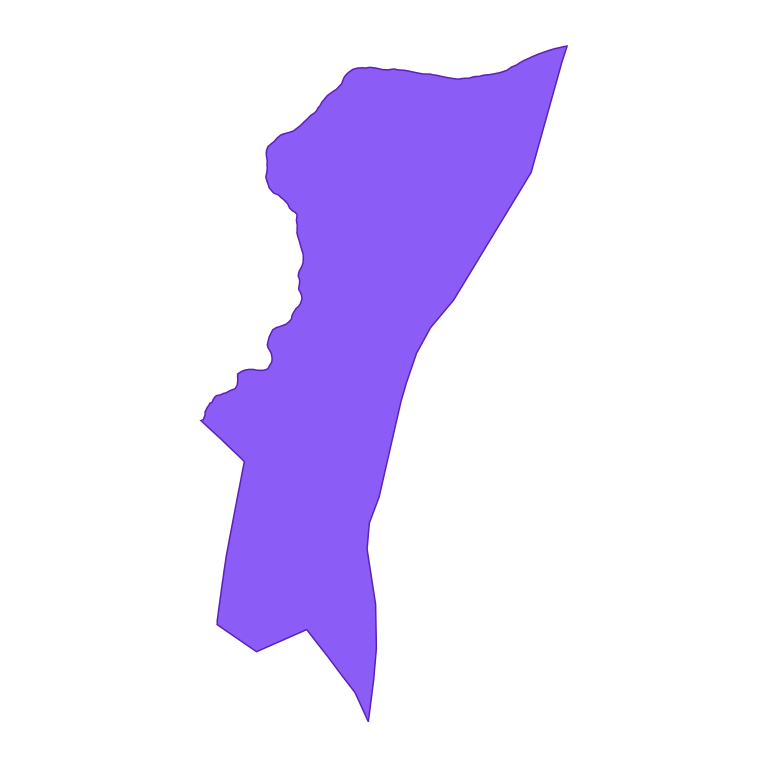 the district of At Tina, Western Darfur, Sudan
{"feature_id": "16777658B29691256653968", "entity_name": "At Tina", "entity_type": "district", "adm_level": 2, "iso_a3": "SDN", "parent_name": "Sudan", "parent_adm1": "Western Darfur", "projection": "orthographic", "projection_center": [23.027, 15.059], "detail": "fine", "context": "isolated", "style": "filled", "palette": "violet", "viewbox_px": 768, "rotation_deg": 0, "n_neighbors": 0, "source": "geoboundaries", "source_scale": "gbopen_adm2", "svg_char_len": 4213}
<svg xmlns="http://www.w3.org/2000/svg" viewBox="0 0 768 768"><path d="M368.3,721.9L373.7,679.7L376.4,648.3L375.6,604.2L367.1,549.2L369.3,523.1L379.1,497.0L401.1,401.0L406.4,383.0L416.5,353.3L430.6,327.6L453.6,300.1L489.1,241.6L515.8,197.7L531.1,172.5L544.2,125.5L560.4,67.6L561.8,62.4L567.1,46.1L564.5,46.5L562.6,46.9L561.4,47.2L554.4,48.8L552.6,49.3L546.9,51.1L539.1,53.8L535.1,55.5L532.9,56.4L524.0,60.5L519.4,63.0L517.0,64.8L510.9,67.3L510.1,68.1L508.6,69.1L506.9,70.4L505.1,70.9L499.8,72.7L496.2,73.4L489.5,74.7L488.0,74.8L486.4,74.9L484.8,75.0L481.8,75.6L479.3,76.4L476.5,76.4L472.3,77.1L469.2,78.2L466.1,78.2L462.3,78.5L457.9,79.2L454.4,78.7L452.3,78.4L448.5,77.8L445.9,77.3L442.5,76.6L436.1,75.2L433.4,74.9L430.2,74.1L423.4,74.0L421.1,73.6L419.4,73.3L416.9,72.8L410.6,71.5L408.4,71.0L404.4,70.3L402.7,70.2L397.6,69.8L394.3,69.0L392.0,69.2L387.9,69.9L382.6,69.6L379.5,68.9L378.6,68.7L374.9,67.9L369.5,67.3L366.1,68.0L361.8,67.8L360.7,67.9L357.7,68.0L352.8,69.4L349.8,71.5L348.7,72.3L347.8,73.1L346.6,74.2L346.0,74.8L344.7,76.5L343.8,78.1L343.1,79.9L341.6,83.8L340.8,84.7L338.5,87.1L336.7,89.1L335.4,90.0L332.8,91.6L330.1,93.6L329.4,94.1L327.1,95.8L325.1,98.3L324.0,99.7L322.0,101.9L319.8,106.0L318.1,107.8L317.9,108.2L316.5,110.8L314.6,112.9L313.5,113.7L312.3,114.5L311.0,115.2L309.3,116.9L308.7,117.5L306.4,119.8L304.3,121.7L302.9,123.1L301.0,124.9L300.0,126.0L298.7,126.9L295.7,129.2L293.4,131.0L290.1,132.1L287.4,132.9L284.9,133.6L283.2,134.0L281.0,134.9L279.8,135.8L277.3,137.8L276.0,139.3L274.2,141.5L271.9,143.3L270.6,144.3L270.4,144.5L269.1,145.6L268.2,146.4L267.4,147.9L266.5,150.7L266.3,152.7L266.3,154.9L266.7,157.7L267.2,160.0L267.2,160.5L267.0,165.5L267.3,167.8L267.1,170.3L266.5,173.8L265.8,177.0L266.9,181.1L268.0,183.8L269.1,187.7L272.0,191.2L273.8,193.1L278.1,194.8L279.5,196.0L280.8,197.4L283.4,199.4L287.4,203.5L288.9,206.5L289.0,206.6L289.6,208.1L291.0,209.4L291.3,209.8L291.5,210.0L293.1,211.3L294.7,212.0L297.1,214.5L296.4,220.5L297.3,225.5L297.1,228.0L297.1,231.2L296.9,232.7L297.8,236.5L299.6,242.0L301.4,248.8L303.1,253.9L303.3,256.9L303.1,262.6L302.6,264.1L301.9,266.2L300.8,268.3L299.5,270.6L298.6,273.1L298.5,274.4L298.2,276.3L299.3,278.6L299.7,281.3L299.3,284.8L298.6,288.7L299.1,290.3L300.2,291.9L301.7,295.8L301.9,299.0L300.6,303.3L298.8,306.1L296.0,308.6L293.5,312.5L291.9,316.0L291.4,319.1L289.1,321.6L286.5,323.9L283.2,325.3L279.4,326.7L276.3,327.6L272.8,329.7L271.3,332.6L269.0,337.4L267.3,344.8L268.1,347.9L269.9,350.7L271.4,353.7L272.1,358.5L271.9,361.2L271.4,362.6L269.7,365.3L267.9,368.8L266.0,369.5L264.2,370.2L261.5,370.4L259.3,370.3L256.4,370.2L253.3,369.4L249.1,369.4L244.9,370.1L241.8,371.3L240.2,372.3L237.6,374.0L237.6,376.4L237.6,376.5L237.8,380.2L237.2,385.2L235.2,388.7L232.8,389.6L230.3,390.5L226.1,392.8L223.2,393.5L220.7,394.8L220.2,394.9L216.5,395.6L214.6,397.3L213.1,399.8L212.0,402.4L209.7,403.3L208.9,405.4L207.5,407.0L205.1,411.8L205.1,414.7L203.3,419.7L201.8,420.3L200.9,420.6L202.5,422.0L205.0,424.4L207.8,427.0L214.2,432.9L216.2,434.7L222.3,440.3L222.7,440.8L225.0,443.0L230.1,447.9L230.2,448.0L235.2,452.7L244.3,461.5L244.2,462.1L244.0,463.3L242.9,469.0L242.8,469.4L241.2,477.6L240.7,480.5L240.5,481.4L239.7,485.8L238.4,492.1L236.5,502.0L236.5,502.4L235.1,509.2L234.9,510.2L234.8,511.0L234.0,515.1L232.9,520.9L231.4,529.0L231.2,529.9L231.2,530.0L230.1,535.6L229.5,538.7L228.9,542.2L228.5,544.2L227.3,550.6L226.8,553.0L226.6,554.3L226.4,555.2L225.4,562.1L225.1,564.0L224.8,566.0L223.8,572.6L223.7,573.5L223.3,576.7L222.7,580.7L222.4,582.3L222.1,585.1L221.4,589.6L220.8,594.6L220.5,596.6L220.1,599.3L219.5,603.8L219.2,605.9L218.6,610.1L218.6,610.4L218.2,613.2L218.2,613.6L217.9,615.4L217.9,615.7L217.8,616.4L217.6,617.8L217.5,618.8L217.1,621.0L217.4,621.2L217.1,624.6L256.5,651.7L306.7,629.6L307.0,630.0L307.7,630.9L308.1,631.4L308.2,631.5L308.5,631.9L308.6,632.1L309.3,632.9L309.4,633.1L309.9,633.7L310.0,633.8L310.3,634.3L311.9,636.3L312.3,636.8L312.7,637.3L312.9,637.6L313.3,638.2L313.7,638.6L314.5,639.7L315.7,641.2L317.5,643.5L317.7,643.8L318.8,645.2L320.4,647.2L321.2,648.3L324.4,652.3L328.6,657.7L338.6,671.1L342.5,676.3L355.0,692.5L361.6,706.9L367.9,720.8L368.3,721.5L368.3,721.9Z" fill="#8b5cf6" stroke="#5b21b6" stroke-width="1.5"/></svg>